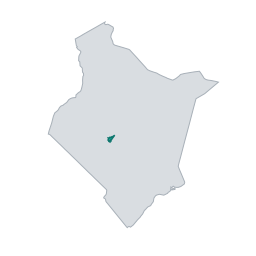 Mathira, Central, Kenya (highlighted), rotated 15°
{"feature_id": "3690345B12350857551286", "entity_name": "Mathira", "entity_type": "district", "adm_level": 2, "iso_a3": "KEN", "parent_name": "Kenya", "parent_adm1": "Central", "projection": "mercator", "projection_center": [37.111, -0.356], "detail": "fine", "context": "in_parent", "style": "filled", "palette": "teal", "viewbox_px": 256, "rotation_deg": 15, "n_neighbors": 0, "source": "geoboundaries", "source_scale": "gbopen_adm2", "svg_char_len": 3826}
<svg xmlns="http://www.w3.org/2000/svg" viewBox="0 0 256 256"><g transform="rotate(15 128 128)"><path d="M52.6,154.5L52.5,151.3L53.0,143.1L52.9,135.9L53.4,132.3L55.1,130.0L56.0,128.4L56.5,126.0L57.5,124.2L59.6,122.6L60.0,121.8L62.2,119.2L63.5,115.9L64.5,114.8L65.8,113.7L66.7,113.2L68.2,112.6L69.3,112.3L69.5,112.1L69.6,111.5L69.2,109.5L69.7,108.8L70.5,107.4L71.4,106.2L72.2,105.4L72.7,104.5L72.9,103.1L72.9,102.1L72.9,100.4L72.7,96.6L71.7,93.4L71.1,89.9L71.5,88.7L70.8,86.6L70.4,86.5L69.8,86.0L69.0,84.1L68.5,82.3L68.1,81.8L65.6,80.3L64.3,76.6L62.9,75.8L62.1,72.1L62.0,71.0L62.8,67.4L62.7,66.5L61.9,65.8L59.5,65.0L57.5,63.5L57.8,62.9L57.9,62.4L56.9,62.0L54.0,55.7L57.8,52.0L61.6,48.1L66.5,43.3L71.0,38.9L74.9,35.0L78.4,31.6L78.3,32.3L78.3,33.1L78.8,33.7L79.5,34.0L80.5,33.6L81.3,33.1L82.2,33.0L87.4,34.4L88.3,35.7L88.2,37.0L88.5,38.0L88.1,38.9L87.6,41.9L87.8,44.6L89.3,46.6L90.7,48.2L91.8,50.4L92.6,51.0L93.8,51.4L97.4,51.5L102.7,51.6L107.8,51.8L108.3,51.8L109.4,52.1L114.1,55.1L118.4,57.8L122.0,60.2L125.6,62.5L129.0,64.7L131.7,66.6L134.3,67.1L138.6,67.4L141.5,67.5L144.3,68.3L148.3,69.0L151.4,69.4L153.2,69.8L158.3,70.2L159.1,70.0L161.4,67.9L163.9,64.6L164.9,62.7L168.1,60.9L173.8,58.3L177.8,56.5L182.3,54.7L184.3,56.3L187.1,58.8L188.4,60.1L189.4,60.6L190.9,61.0L192.8,61.0L193.8,60.9L195.9,60.6L200.7,60.3L203.5,60.3L201.1,63.7L198.3,67.7L193.2,75.0L189.3,78.9L186.4,81.8L186.1,82.4L186.1,85.6L186.1,93.6L186.2,109.5L186.2,125.5L186.3,141.4L186.3,149.4L186.4,152.0L188.9,155.4L191.5,158.7L194.8,163.0L196.6,165.3L196.9,166.1L196.8,167.6L194.1,170.9L191.8,172.4L188.8,173.1L187.9,172.9L186.7,172.5L186.2,173.3L185.8,174.5L185.2,174.2L184.7,173.9L185.0,176.0L185.3,177.1L184.8,178.5L183.4,179.8L183.2,180.8L180.0,183.6L175.5,183.9L173.1,185.3L172.1,186.4L171.2,188.9L171.5,192.7L170.3,195.6L170.0,197.1L167.7,199.0L166.7,200.7L165.9,202.5L165.2,203.2L164.4,207.2L163.3,209.6L163.0,210.4L162.8,211.1L161.9,212.6L161.4,213.5L161.0,214.2L158.2,220.3L156.1,223.1L154.4,222.8L153.3,223.9L153.1,224.4L152.5,224.1L151.1,223.1L148.2,221.0L145.3,218.9L142.4,216.8L139.5,214.7L136.6,212.6L133.7,210.5L130.8,208.4L127.9,206.3L126.2,205.1L125.5,204.4L124.9,202.9L124.6,202.6L123.8,202.1L122.9,202.0L122.6,201.7L122.6,201.0L123.0,200.0L124.0,198.1L124.1,197.0L123.9,195.7L123.6,193.7L123.3,193.2L121.4,192.1L117.4,189.9L113.3,187.6L109.3,185.4L105.3,183.1L101.2,180.9L97.2,178.6L93.2,176.4L89.2,174.1L85.1,171.8L81.1,169.6L77.1,167.3L73.0,165.1L69.0,162.8L65.0,160.6L60.9,158.3L56.9,156.1L55.4,155.2L54.0,154.5L52.6,154.5ZM186.6,176.4L185.9,176.6L186.3,175.5L188.4,174.1L189.2,174.4L189.4,174.7L189.3,175.0L189.0,175.3L186.6,176.4Z" fill="#d9dde1" stroke="#a8b0b8" stroke-width="1"/><path d="M111.7,143.1L111.8,143.2L111.8,143.3L111.7,143.3L111.8,143.3L111.9,143.5L112.0,143.6L112.0,143.8L111.9,144.0L111.9,143.9L111.9,144.0L112.0,144.0L112.1,144.3L112.0,144.5L112.1,144.4L112.2,144.5L112.0,144.8L112.3,144.9L112.3,145.0L112.5,145.2L112.6,145.3L112.7,145.5L112.8,145.5L112.9,145.8L113.0,145.8L113.3,145.8L113.4,145.7L113.5,145.8L113.6,145.7L113.6,145.8L113.7,146.0L113.8,146.1L114.0,146.1L113.9,145.9L113.9,145.7L114.0,145.4L114.0,145.5L114.1,145.4L114.2,145.5L114.2,145.4L114.3,145.4L114.2,145.4L114.3,145.3L114.3,145.2L114.2,145.0L114.3,145.0L114.2,144.9L114.3,144.8L114.4,144.7L114.5,144.7L114.5,144.4L114.5,144.2L114.5,143.9L114.9,143.9L114.9,143.7L115.0,143.7L115.4,142.5L115.6,141.9L116.3,140.2L117.0,138.4L116.2,139.4L114.9,141.0L114.7,141.1L114.5,141.3L114.4,141.3L114.2,141.4L114.0,141.5L114.0,141.4L113.9,141.5L113.9,141.4L113.8,141.5L113.8,141.4L113.7,141.4L113.6,141.5L113.4,141.6L113.2,141.7L113.1,141.8L112.9,141.9L112.7,141.9L112.7,142.0L112.5,142.3L112.4,142.4L112.3,142.5L112.2,142.5L111.9,142.6L111.8,142.8L111.7,142.8L111.8,142.9L111.7,143.0L111.7,143.1Z" fill="#14b8a6" stroke="#0f766e" stroke-width="1.5"/></g></svg>